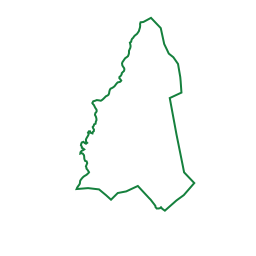 outline of Juazeiro do Piauí, Piauí, Brazil, rotated 155°
{"feature_id": "56859067B16787384500199", "entity_name": "Juazeiro do Piauí", "entity_type": "district", "adm_level": 2, "iso_a3": "BRA", "parent_name": "Brazil", "parent_adm1": "Piauí", "projection": "orthographic", "projection_center": [-41.546, -4.968], "detail": "fine", "context": "isolated", "style": "outline", "palette": "green", "viewbox_px": 256, "rotation_deg": 155, "n_neighbors": 0, "source": "geoboundaries", "source_scale": "gbopen_adm2", "svg_char_len": 2322}
<svg xmlns="http://www.w3.org/2000/svg" viewBox="0 0 256 256"><g transform="rotate(155 128 128)"><path d="M200.4,94.4L189.6,90.4L180.2,84.6L176.4,76.6L173.7,70.2L164.8,73.4L156.4,71.3L147.7,71.3L143.6,71.3L138.5,55.5L137.8,53.6L136.1,45.9L136.5,44.7L136.0,42.9L134.2,42.1L132.7,41.8L131.6,42.2L131.1,40.3L129.5,37.5L114.9,41.8L113.5,42.1L105.8,43.6L91.2,50.1L95.9,64.1L94.3,70.6L86.8,101.6L77.5,137.5L71.4,137.5L64.6,137.5L60.5,148.2L59.1,152.1L56.4,162.0L55.6,164.9L57.0,173.0L59.6,178.2L59.6,182.6L59.7,188.8L56.1,204.7L60.2,216.9L60.6,218.1L69.1,217.6L70.3,217.9L71.9,218.5L73.1,217.2L73.7,215.6L74.7,214.0L75.9,212.7L77.3,211.1L78.7,210.3L79.8,209.6L81.3,209.2L82.6,208.9L83.9,208.4L85.1,207.6L86.6,207.1L87.8,206.1L88.7,204.8L90.2,204.6L90.6,202.8L91.0,201.2L92.0,199.7L93.2,198.7L94.5,197.5L95.5,195.4L96.4,194.3L97.7,193.1L99.4,192.7L100.9,192.5L102.4,191.7L103.7,190.9L105.1,190.1L106.1,189.1L106.7,187.1L106.5,185.5L106.2,183.7L106.7,182.3L107.7,181.3L109.1,180.9L110.5,180.3L111.1,179.3L112.4,178.4L114.3,177.8L114.8,176.7L114.3,175.2L114.1,173.8L115.4,173.2L116.9,173.4L118.1,173.7L119.8,173.0L121.3,172.2L122.4,171.6L123.8,171.2L125.5,171.0L127.2,171.0L128.5,170.1L129.6,168.8L130.5,167.4L131.6,166.4L132.8,166.1L134.5,166.1L135.9,165.6L137.8,164.9L139.5,164.4L141.1,164.2L142.6,165.3L144.5,166.5L146.3,166.6L148.2,166.9L149.8,165.7L149.6,164.4L149.2,163.2L149.2,161.4L149.1,159.7L148.8,158.0L149.2,156.6L150.1,155.8L151.3,155.3L152.4,153.9L152.3,151.8L152.6,150.1L153.2,148.5L154.5,147.3L155.6,145.6L157.2,145.6L158.1,144.5L159.6,143.8L159.7,142.3L159.5,141.0L160.3,139.6L161.5,139.3L162.5,138.1L163.9,139.5L163.8,141.0L164.9,141.5L166.3,140.6L166.0,139.4L167.1,138.2L168.4,137.3L169.6,136.5L171.0,135.4L171.8,133.2L171.3,131.8L172.7,131.5L173.6,132.7L174.2,134.3L176.0,134.4L177.1,133.4L178.0,132.2L177.7,130.8L178.2,129.6L177.2,128.2L176.7,127.1L177.9,126.9L179.6,126.9L181.3,126.1L182.0,125.0L180.7,124.9L179.8,123.8L179.4,121.9L179.8,120.6L180.6,118.6L180.8,116.4L179.6,115.2L179.8,113.4L181.4,111.9L182.4,111.0L182.4,109.8L182.8,108.7L182.4,107.4L182.2,105.8L182.0,104.4L183.0,103.8L184.2,103.5L185.3,103.1L186.5,103.0L188.3,102.8L189.7,102.4L190.9,101.9L192.1,101.3L193.5,100.5L194.4,99.2L195.2,97.9L196.2,97.2L197.7,96.4L199.2,95.5L200.4,94.4Z" fill="none" stroke="#15803d" stroke-width="2"/></g></svg>